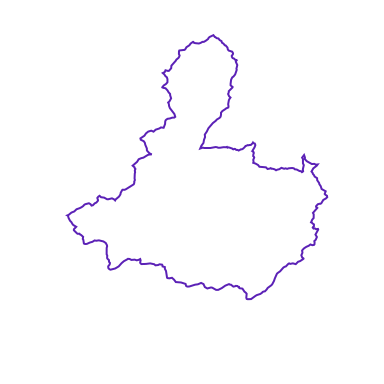 Otuzco, La Libertad, Peru (Equal Earth projection), rotated 55°
{"feature_id": "86281439B7526528114387", "entity_name": "Otuzco", "entity_type": "district", "adm_level": 2, "iso_a3": "PER", "parent_name": "Peru", "parent_adm1": "La Libertad", "projection": "equal_earth", "projection_center": [-78.593, -7.861], "detail": "fine", "context": "isolated", "style": "outline", "palette": "violet", "viewbox_px": 384, "rotation_deg": 55, "n_neighbors": 0, "source": "geoboundaries", "source_scale": "gbopen_adm2", "svg_char_len": 6010}
<svg xmlns="http://www.w3.org/2000/svg" viewBox="0 0 384 384"><g transform="rotate(55 192 192)"><path d="M105.0,160.2L106.7,160.5L108.3,161.4L110.6,162.0L118.0,161.7L120.8,162.6L120.9,163.7L119.7,165.7L119.1,167.9L118.0,170.1L118.0,171.8L118.2,172.6L118.9,173.5L120.9,175.1L123.1,178.4L121.3,180.4L121.2,182.4L120.1,186.0L120.5,188.9L118.4,190.2L117.4,193.2L117.6,196.1L118.6,198.7L118.5,203.5L119.8,204.0L122.7,202.4L124.6,202.4L126.6,203.2L130.4,204.0L131.9,205.0L132.7,205.1L136.0,204.6L138.1,203.4L136.7,205.7L136.3,207.0L136.0,212.1L135.2,214.1L134.6,216.9L135.8,219.7L136.4,225.5L138.9,224.9L140.1,225.4L140.7,225.2L141.8,226.7L143.1,227.2L144.2,228.4L148.0,231.3L149.4,231.9L150.5,233.5L151.3,233.9L152.3,235.3L151.8,244.8L151.5,246.0L150.3,247.6L150.3,247.9L151.7,250.8L152.9,252.0L153.9,254.4L154.3,258.8L154.8,259.8L153.2,260.1L151.3,261.2L149.8,265.0L149.1,265.8L146.2,267.2L144.1,269.5L142.1,269.9L142.1,271.5L142.6,273.0L144.7,273.6L145.2,274.1L145.8,276.4L145.5,278.1L146.0,280.8L145.5,282.1L143.8,282.1L142.1,282.9L140.8,286.4L140.7,287.6L141.1,289.2L141.1,291.2L140.8,293.3L139.9,296.5L140.4,299.6L139.7,302.6L140.0,306.1L139.7,307.5L140.3,307.2L142.5,308.0L145.6,308.4L147.4,308.1L149.9,308.3L150.9,308.2L154.1,306.8L154.7,309.9L155.3,310.6L155.7,310.7L160.1,309.9L160.8,309.5L161.6,308.1L162.5,308.1L163.6,307.5L166.3,306.9L167.8,308.4L168.7,308.4L172.2,310.1L173.3,309.4L174.2,307.9L174.8,304.7L175.7,302.1L175.8,299.6L177.0,298.4L178.2,296.0L181.7,292.9L184.3,291.9L186.8,292.2L187.7,292.6L188.9,294.0L193.0,296.9L194.2,297.7L195.3,297.8L197.4,299.4L198.2,299.5L200.1,299.1L201.6,300.0L203.1,299.9L204.2,301.1L204.7,303.0L205.2,303.6L206.6,304.2L208.0,303.9L208.9,303.3L210.6,298.8L210.9,294.7L209.9,290.5L209.6,287.5L210.0,283.9L210.0,282.8L211.1,281.5L212.9,280.6L214.5,277.8L216.3,276.4L217.0,274.6L217.2,272.9L218.5,273.3L220.0,274.9L220.7,275.1L222.0,274.8L224.5,271.0L226.5,267.2L229.5,264.4L231.1,264.0L232.4,261.6L232.6,260.1L234.3,258.2L234.9,258.2L236.1,258.8L237.9,257.3L239.4,258.3L241.8,258.6L247.9,261.6L248.5,261.4L249.7,260.1L250.8,257.6L253.5,257.0L256.5,256.9L259.8,252.9L263.6,250.0L265.5,250.7L266.5,250.3L267.1,249.7L267.9,248.3L269.7,242.6L271.0,240.1L271.7,236.7L274.0,235.4L277.2,236.0L279.8,234.8L281.1,231.2L282.0,230.3L286.0,228.4L287.2,226.7L287.8,222.7L287.8,218.4L288.7,214.5L289.6,214.1L290.2,213.3L293.2,212.4L293.9,210.9L294.0,210.0L295.0,208.8L296.1,208.5L296.6,208.0L297.1,208.4L298.1,208.2L300.1,206.1L303.7,206.2L305.3,205.7L306.7,205.6L309.8,208.2L311.0,208.5L311.8,207.8L313.6,205.0L313.5,199.5L313.6,198.1L314.7,194.5L314.7,192.6L314.4,191.4L314.6,190.5L315.2,189.2L314.7,186.8L314.0,185.0L313.9,180.4L313.5,179.0L311.9,175.9L310.3,173.7L307.7,169.4L307.5,168.5L307.5,165.3L306.3,160.4L306.4,159.0L306.8,157.8L306.1,154.3L306.2,153.4L307.2,152.8L308.3,150.3L310.6,148.4L310.0,145.1L310.6,143.2L310.7,139.6L310.6,138.9L310.3,138.8L308.8,139.3L306.5,138.7L305.4,136.8L304.7,136.1L303.2,135.5L302.8,134.6L302.4,132.4L302.5,129.7L303.0,127.2L302.9,125.1L304.6,123.9L305.3,122.5L305.1,121.7L303.6,120.5L302.4,120.0L302.1,118.1L300.5,115.5L297.7,115.3L295.2,110.2L294.5,110.0L293.6,111.7L292.2,112.3L291.7,113.4L290.4,113.5L290.1,112.9L290.0,111.8L288.5,110.7L286.6,111.4L285.6,111.3L285.1,111.8L283.6,109.4L283.1,107.3L280.1,105.1L278.5,104.9L276.9,98.5L275.3,98.9L274.8,98.5L274.2,96.0L274.8,94.2L275.3,93.6L275.4,92.6L273.8,89.0L274.1,86.0L273.8,84.2L272.5,83.6L270.8,84.3L269.7,84.4L268.1,82.1L263.9,84.1L261.0,83.2L258.7,83.2L257.5,82.7L254.2,82.7L252.4,81.6L249.7,82.7L248.1,82.4L246.5,82.6L245.4,82.2L243.8,82.4L242.2,79.1L242.0,74.8L241.5,73.3L240.7,74.8L239.1,75.7L237.8,77.8L232.6,80.3L229.8,80.7L228.5,79.7L226.0,79.0L227.0,82.1L228.6,82.2L232.2,84.7L234.1,85.0L237.0,88.2L238.8,89.1L238.9,90.2L238.8,90.6L237.4,90.8L236.5,91.9L233.7,93.3L232.3,94.8L231.0,95.0L229.8,96.2L228.1,99.1L227.6,100.8L226.3,101.8L225.8,103.2L223.5,104.9L223.4,107.4L222.6,109.4L222.4,110.7L220.8,111.3L219.1,112.7L218.5,113.6L217.6,113.8L217.4,114.9L216.5,116.9L214.2,117.3L210.0,122.3L207.8,122.4L205.1,123.7L203.2,125.1L202.5,124.2L200.8,123.4L199.5,121.3L198.6,121.1L197.7,121.3L196.3,120.1L195.7,119.2L194.9,118.7L193.4,119.1L193.5,118.6L192.7,118.4L191.3,115.2L190.0,113.3L189.1,112.9L188.2,112.8L187.3,113.7L186.5,113.7L186.8,114.3L187.2,116.8L186.4,118.1L186.3,118.7L185.5,119.6L185.3,121.2L185.0,121.7L185.5,123.3L185.8,125.5L185.6,126.8L185.1,127.5L184.8,130.0L183.7,130.5L182.9,131.6L181.5,132.0L181.0,132.5L180.8,133.6L180.3,134.0L179.7,134.0L177.3,135.7L176.2,136.7L176.0,137.5L175.1,137.5L174.9,138.4L173.4,140.4L171.8,143.7L170.7,145.2L169.6,145.9L168.7,146.9L166.5,151.7L162.9,156.8L161.8,157.8L161.1,160.3L159.5,157.8L158.4,154.5L156.1,152.2L154.5,149.8L152.3,148.6L151.0,145.2L149.2,142.0L147.5,135.4L147.3,131.6L146.9,130.3L147.1,127.0L146.9,125.8L146.4,125.0L145.1,123.7L143.7,122.8L143.1,120.7L143.2,117.3L143.1,116.1L143.6,113.8L142.7,112.9L140.8,112.0L137.9,109.1L137.3,108.0L136.7,106.3L134.9,106.7L132.4,106.2L131.7,105.0L130.5,104.0L129.6,98.9L129.3,98.5L126.8,99.2L125.6,98.4L122.4,95.5L121.2,93.3L121.2,91.8L120.5,89.3L117.6,85.3L116.5,84.9L114.0,82.1L110.4,81.4L109.8,80.2L109.8,79.1L109.5,79.8L108.5,80.8L106.9,81.0L105.6,81.9L104.1,81.8L103.2,81.3L102.7,79.6L101.9,78.8L100.1,78.6L97.2,80.8L95.8,80.9L94.0,80.1L91.2,80.4L90.6,81.0L88.5,81.1L86.9,81.8L85.3,81.3L83.4,82.2L81.4,82.3L80.1,83.6L78.5,84.0L78.1,84.4L75.8,84.5L75.1,88.7L75.3,90.0L75.9,91.1L76.0,94.1L75.8,96.2L75.0,97.3L74.8,99.5L74.3,101.2L71.9,104.0L70.9,104.8L69.8,104.8L69.6,105.0L69.6,108.0L70.3,110.0L70.2,113.5L71.2,115.6L71.3,116.6L68.8,121.2L69.2,121.9L71.5,123.6L73.0,123.8L73.9,125.0L74.4,126.2L74.6,128.9L75.2,130.1L76.7,136.4L78.7,138.1L79.5,141.4L79.1,142.2L77.1,143.9L78.1,145.5L77.8,147.7L79.8,147.2L81.7,147.3L83.7,146.8L85.5,147.4L87.8,149.0L88.1,149.3L88.6,151.5L88.5,153.8L89.0,155.9L89.3,156.3L90.3,155.7L91.8,154.2L94.7,153.8L96.9,154.0L99.1,153.7L100.2,154.4L103.3,155.4L104.9,158.7L105.0,160.2Z" fill="none" stroke="#5b21b6" stroke-width="2"/></g></svg>